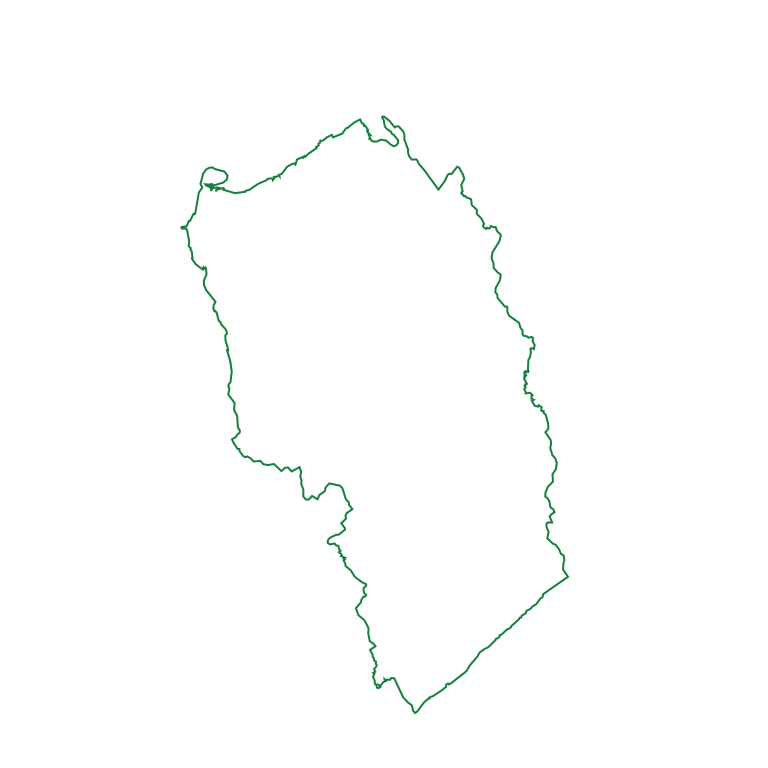 the district of Pamekasan, Jawa Timur, Indonesia, rotated 142°
{"feature_id": "22746128B37926964335633", "entity_name": "Pamekasan", "entity_type": "district", "adm_level": 2, "iso_a3": "IDN", "parent_name": "Indonesia", "parent_adm1": "Jawa Timur", "projection": "natural_earth1", "projection_center": [113.504, -7.071], "detail": "fine", "context": "isolated", "style": "outline", "palette": "green", "viewbox_px": 768, "rotation_deg": 142, "n_neighbors": 0, "source": "geoboundaries", "source_scale": "gbopen_adm2", "svg_char_len": 6166}
<svg xmlns="http://www.w3.org/2000/svg" viewBox="0 0 768 768"><g transform="rotate(142 384 384)"><path d="M562.2,105.7L559.4,105.5L548.4,108.5L542.7,108.7L541.8,108.1L541.2,109.0L537.0,107.8L527.0,107.1L521.8,107.1L520.0,108.9L518.0,108.5L517.7,107.3L515.1,106.9L496.0,106.9L490.0,109.3L478.1,111.8L474.1,113.5L467.7,113.3L464.1,112.4L453.5,113.6L453.1,114.3L450.2,113.6L447.9,114.0L447.4,114.9L445.5,114.2L438.9,114.8L434.1,114.0L432.6,114.9L422.5,115.5L421.0,116.3L419.8,115.5L418.2,116.6L413.6,116.1L411.6,117.5L406.7,116.6L404.5,117.3L399.3,116.8L393.0,118.7L390.3,118.5L387.8,120.4L357.7,118.8L357.1,127.6L353.0,132.3L350.3,134.2L348.0,138.2L349.1,141.3L347.8,146.0L347.8,151.9L349.1,153.9L350.4,161.8L345.4,166.0L343.9,171.2L342.2,173.7L340.4,174.1L336.8,171.4L335.0,177.6L331.6,178.3L328.7,177.9L327.7,181.2L328.7,183.7L328.4,185.2L325.7,190.0L325.5,193.4L326.3,195.9L323.8,198.9L318.0,202.2L311.0,203.0L306.8,209.1L300.6,211.3L296.3,215.7L294.8,220.2L295.1,224.3L292.4,231.2L288.7,234.5L287.2,237.2L286.5,246.7L283.1,247.2L281.0,248.7L278.3,253.3L275.6,260.1L275.9,263.2L274.9,264.4L276.3,265.5L276.3,266.6L274.1,268.6L275.1,272.0L276.6,271.3L278.6,274.1L277.9,279.6L275.7,279.3L276.9,281.7L275.1,283.7L273.9,283.6L274.3,287.2L278.2,289.4L277.3,290.2L276.6,293.8L274.6,294.1L274.3,296.0L273.3,295.8L273.0,296.7L271.3,296.2L270.4,302.0L267.6,303.1L268.5,303.8L268.1,304.3L266.8,303.6L266.8,305.2L265.0,305.8L266.2,306.7L265.5,307.2L264.4,307.0L263.1,304.7L262.1,305.3L261.8,306.6L255.5,314.0L252.2,315.4L248.8,318.5L246.9,321.6L245.7,321.5L244.4,319.2L241.3,322.0L240.6,326.2L238.3,328.5L238.6,330.1L241.6,331.5L242.0,333.4L244.4,336.3L244.1,338.0L241.9,340.9L241.8,344.6L239.9,349.0L243.4,360.8L242.4,364.8L239.3,369.1L241.1,370.5L241.5,381.9L239.7,384.9L239.8,387.8L236.8,390.9L228.8,394.4L225.2,397.7L224.8,399.4L225.7,401.7L226.1,408.2L223.7,411.1L221.6,417.0L217.6,420.9L205.1,425.5L200.6,429.0L200.2,430.5L200.8,434.7L199.4,439.0L201.2,440.1L202.4,442.6L204.9,441.7L206.3,442.6L206.7,443.8L208.2,443.4L208.9,446.0L208.7,447.7L206.6,448.5L205.4,454.0L206.1,461.2L203.6,463.7L204.6,471.1L201.6,476.0L204.4,480.8L204.2,482.2L205.5,483.1L205.2,485.8L205.8,486.3L205.1,487.3L203.4,487.4L200.7,493.2L194.4,496.3L192.8,500.5L191.6,508.2L192.6,510.1L201.6,507.9L202.9,509.3L204.6,509.7L212.1,506.2L221.4,503.7L220.6,527.9L221.0,536.0L220.1,540.0L220.3,541.1L223.9,543.7L224.0,548.1L222.1,552.6L220.9,553.2L217.4,564.2L214.5,567.8L213.3,571.2L213.9,578.1L215.6,579.4L217.6,579.5L217.7,588.0L219.3,594.6L220.6,595.7L221.4,595.2L221.7,592.3L224.8,586.4L224.7,583.2L223.2,578.3L223.7,576.0L222.9,574.2L222.8,567.7L224.2,565.5L227.4,564.5L229.9,565.3L231.4,568.9L232.4,574.6L235.8,578.2L237.2,579.0L239.0,578.8L242.9,581.3L244.1,583.5L243.7,585.5L244.6,586.2L243.3,587.1L242.3,590.4L241.5,589.2L241.7,593.4L241.3,594.1L240.3,593.8L240.0,594.9L239.9,599.4L240.9,599.8L239.9,601.6L240.9,603.1L240.0,607.2L246.6,608.4L254.7,608.2L256.6,608.9L262.6,607.0L272.3,609.7L271.8,612.5L277.5,613.6L282.1,613.3L284.5,615.0L285.6,613.5L287.6,613.8L288.6,612.2L291.6,612.5L291.8,611.4L301.8,612.0L306.3,611.5L306.4,612.7L308.4,612.0L308.5,613.0L314.3,614.4L318.7,611.5L318.9,613.0L321.0,614.0L326.7,614.8L334.9,612.6L337.9,613.2L338.4,612.3L338.4,613.5L340.4,613.2L343.1,614.9L343.3,613.8L345.9,613.2L345.3,614.1L345.8,615.1L349.3,617.3L351.1,616.9L359.9,619.2L370.4,619.9L374.3,621.5L375.0,620.9L384.0,626.2L390.9,635.8L389.7,636.6L390.0,637.3L394.8,639.6L396.6,639.9L397.8,639.1L396.9,640.2L393.1,639.9L394.3,641.5L398.5,643.8L401.6,642.7L399.6,644.3L397.1,644.2L399.9,645.4L399.6,646.0L401.8,649.4L401.8,650.7L398.9,645.8L398.6,645.8L400.4,649.1L400.3,649.7L399.0,647.5L398.3,649.6L398.4,647.1L397.4,645.8L397.5,648.1L396.8,646.6L396.5,648.3L396.0,645.3L386.6,641.7L381.9,641.9L378.9,644.7L379.0,649.7L384.6,657.1L386.1,660.6L389.1,662.1L392.3,662.5L397.0,661.1L405.4,654.7L406.3,650.6L412.0,648.9L427.7,634.7L428.8,634.4L429.0,635.2L429.8,635.2L436.3,632.0L437.4,632.6L442.4,629.8L446.8,632.3L447.5,631.8L447.3,630.7L444.2,628.2L444.4,626.5L449.8,616.2L452.9,613.0L452.7,610.0L453.5,609.5L453.9,606.9L457.1,601.3L457.8,601.6L458.3,600.5L458.6,594.2L456.3,585.7L454.5,587.0L454.6,585.7L453.0,585.9L453.0,584.8L456.4,579.6L462.3,576.4L465.0,572.7L466.3,567.3L466.2,552.5L469.5,551.0L471.9,548.8L472.8,545.9L471.9,545.3L472.1,543.0L475.3,535.5L474.7,533.3L475.6,531.6L475.1,524.7L475.9,521.6L477.0,520.3L479.1,520.0L481.9,516.2L484.9,508.7L486.2,506.5L486.9,507.2L491.4,496.0L496.3,487.6L503.8,480.0L506.7,479.3L508.5,477.4L508.2,476.4L509.8,474.4L513.2,471.7L513.4,461.1L518.2,455.6L519.3,449.4L525.8,439.8L526.3,435.9L527.9,434.4L530.6,434.5L533.6,433.4L537.8,434.0L538.5,431.6L539.4,423.0L538.0,421.8L539.2,420.0L539.3,413.7L538.3,411.7L536.4,411.2L534.8,407.2L534.5,403.2L528.8,399.6L528.4,395.0L525.4,391.6L520.0,388.7L518.4,378.5L513.5,378.9L511.1,377.4L510.6,371.9L501.8,370.5L503.3,365.8L507.1,362.5L508.2,358.9L510.6,356.5L512.6,350.5L516.9,344.9L516.6,341.0L514.5,339.3L509.6,340.1L507.4,334.1L503.3,336.3L496.6,336.0L493.8,338.3L488.3,339.4L481.4,331.1L480.9,327.6L485.1,316.3L484.5,312.7L485.9,310.4L486.0,304.9L493.1,305.2L495.1,304.2L497.0,301.3L503.4,300.6L503.6,294.4L504.2,293.3L512.2,293.1L514.9,294.7L521.2,296.1L524.2,295.5L526.2,293.5L525.3,290.8L521.1,288.7L521.1,286.1L519.6,284.7L521.2,281.0L521.0,279.3L523.1,279.3L522.3,276.4L522.7,275.1L523.8,274.9L521.6,271.0L523.2,271.2L522.9,269.8L524.4,269.8L525.0,266.5L526.3,264.2L524.9,257.7L525.7,250.1L523.3,241.1L521.3,237.2L522.1,236.2L526.1,235.5L528.3,231.9L528.0,228.6L529.8,228.1L531.2,229.1L534.6,227.9L536.7,226.1L544.1,224.7L546.5,217.7L544.9,209.9L546.1,202.9L546.9,200.5L549.9,197.3L553.5,190.1L552.1,185.1L552.2,182.6L558.7,183.1L559.6,177.8L560.8,176.2L560.7,174.8L562.0,171.8L561.2,170.0L562.7,168.7L562.8,167.0L564.0,166.1L567.3,165.5L568.0,162.6L570.4,163.0L570.1,161.3L572.8,160.3L574.0,155.9L575.8,153.5L575.3,151.7L576.4,148.9L575.7,147.8L573.7,147.4L573.4,150.0L572.4,148.3L568.5,149.5L566.2,149.1L565.3,151.0L564.8,148.8L563.7,149.2L561.2,147.1L559.3,147.9L557.1,145.8L561.8,125.3L561.2,118.5L559.9,113.6L562.1,108.9L562.2,105.7Z" fill="none" stroke="#15803d" stroke-width="2"/></g></svg>